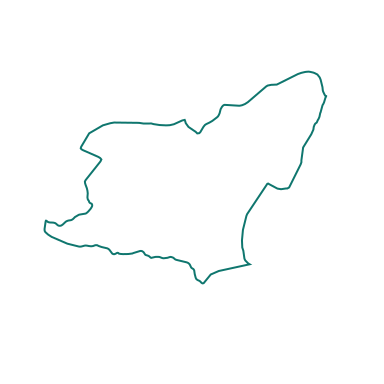 Tandjilé, Albers equal-area conic projection, rotated 167°
{"feature_id": "TCD-1487", "entity_name": "Tandjilé", "entity_type": "Prefecture", "adm_level": 1, "iso_a3": "TCD", "parent_name": "Chad", "parent_adm1": "", "projection": "albers", "projection_center": [16.631, 9.621], "detail": "fine", "context": "isolated", "style": "outline", "palette": "teal", "viewbox_px": 384, "rotation_deg": 167, "n_neighbors": 0, "source": "natural_earth", "source_scale": "10m", "svg_char_len": 3225}
<svg xmlns="http://www.w3.org/2000/svg" viewBox="0 0 384 384"><g transform="rotate(167 192 192)"><path d="M182.9,263.9L182.7,262.7L182.6,260.5L180.8,256.2L174.8,249.7L173.7,247.9L171.7,247.7L170.4,248.5L166.3,252.8L165.1,253.8L164.1,254.5L162.6,255.0L159.4,255.7L156.2,256.7L150.9,259.1L149.7,259.8L148.7,260.8L147.4,262.5L145.5,266.2L143.7,268.2L142.5,269.1L141.5,269.5L140.7,269.6L126.5,265.4L125.2,265.3L123.6,265.3L120.6,265.8L117.3,267.0L95.9,278.2L94.3,278.7L90.7,278.6L85.2,277.6L62.3,283.1L58.6,283.5L54.8,283.5L52.9,283.3L51.2,283.0L49.9,282.5L47.0,281.1L45.8,280.3L43.4,278.3L41.8,274.9L41.4,272.4L41.3,264.8L41.7,261.5L41.6,260.2L40.9,256.9L40.6,256.2L40.4,255.6L39.8,255.4L39.7,255.3L39.8,255.0L40.8,253.8L43.2,249.6L44.3,248.2L45.3,247.2L48.9,240.5L49.3,240.1L50.9,236.6L52.2,234.8L53.3,233.7L54.4,232.2L54.9,231.6L56.5,230.9L57.4,230.0L58.7,228.1L59.7,225.5L62.8,221.4L73.3,210.8L73.8,210.2L74.0,209.6L78.3,198.2L78.7,196.4L79.9,194.5L96.3,174.6L98.3,174.0L99.7,174.3L104.6,174.7L108.0,176.1L115.1,182.3L115.9,183.1L116.8,183.0L143.3,158.0L144.4,156.4L150.9,143.6L154.2,133.6L155.5,126.6L155.2,123.2L155.9,115.3L155.6,113.7L155.3,113.0L153.4,109.9L152.1,108.6L183.7,109.0L192.3,107.4L201.1,100.6L202.0,100.5L202.6,100.8L203.1,101.3L203.5,101.9L203.8,102.5L204.2,103.1L204.7,103.7L206.4,105.0L206.8,105.5L207.3,106.1L207.5,106.8L207.7,107.6L207.8,111.4L207.5,115.1L207.7,115.9L208.0,116.6L209.5,118.1L209.8,118.7L210.5,121.9L210.9,122.6L211.3,123.2L211.7,123.7L212.9,124.6L222.5,129.4L223.4,130.0L224.0,130.7L224.5,131.5L225.2,132.3L226.6,133.2L227.6,133.6L228.5,133.6L230.7,133.4L234.5,133.8L235.8,134.3L238.3,136.0L239.5,136.4L242.3,137.0L246.6,137.0L247.0,137.4L247.4,137.8L248.2,139.0L249.3,139.9L251.2,141.0L251.7,141.5L252.7,144.2L253.8,145.5L254.8,146.0L255.8,146.2L263.0,145.7L263.8,145.5L268.0,145.9L273.2,147.0L275.8,147.8L277.2,148.5L277.6,149.2L278.2,149.5L278.8,149.5L280.5,149.0L281.7,148.9L282.5,149.1L283.1,149.5L283.6,150.0L285.4,154.1L285.8,154.7L286.2,155.3L287.3,156.2L292.4,158.7L295.1,160.4L296.4,161.5L297.5,161.8L298.4,161.9L300.6,161.6L302.5,161.8L304.5,162.5L306.5,163.4L307.8,163.8L308.9,163.9L311.0,163.8L312.6,163.8L313.6,164.0L314.5,164.3L325.1,169.7L338.8,179.8L341.8,182.9L343.9,185.9L344.3,187.3L344.0,189.1L341.2,196.3L340.8,196.9L340.4,196.8L339.1,195.2L338.5,194.8L337.9,194.5L336.4,194.0L335.2,193.7L333.9,193.3L332.5,192.6L332.0,192.1L331.5,191.6L330.7,190.4L330.3,189.9L329.8,189.4L329.1,189.0L328.3,188.8L327.5,188.7L326.7,188.8L325.2,189.4L321.6,191.5L321.2,191.6L320.6,191.8L319.0,192.0L316.3,191.8L315.5,191.9L314.6,192.2L313.7,192.6L311.7,193.9L307.9,195.1L307.0,195.3L300.4,194.9L299.1,195.4L297.5,196.3L294.5,198.5L293.2,199.8L292.4,200.9L292.2,201.7L292.2,202.5L292.5,203.2L293.6,204.0L294.1,204.6L294.4,205.3L294.6,206.9L295.0,207.6L295.2,208.6L295.1,210.3L293.9,214.1L293.6,216.7L293.6,219.2L294.1,223.1L294.2,224.9L294.0,226.3L292.9,227.6L274.3,242.4L273.0,244.1L273.8,245.7L275.3,247.2L288.7,257.2L290.1,258.5L290.6,259.6L289.8,261.0L279.0,272.3L263.8,277.0L256.1,277.4L252.3,277.2L228.1,271.3L223.8,269.6L216.2,267.9L214.2,266.8L208.4,264.5L202.0,262.7L198.5,262.1L194.4,262.1L185.4,263.9L182.9,263.9Z" fill="none" stroke="#0f766e" stroke-width="2"/></g></svg>